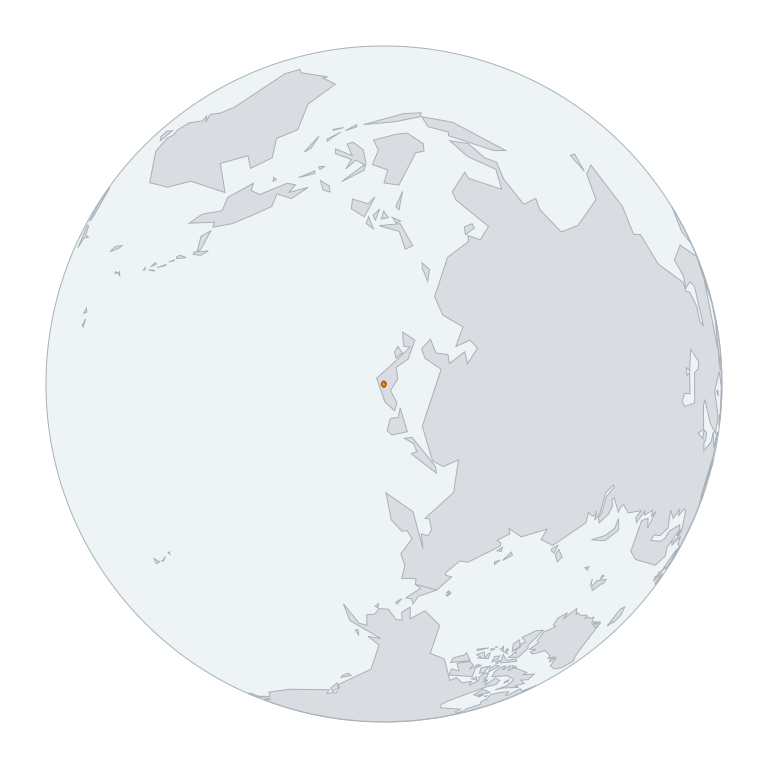 globe centered on Tochigi, rotated 144°
{"feature_id": "JPN-1859", "entity_name": "Tochigi", "entity_type": "Prefecture", "adm_level": 1, "iso_a3": "JPN", "parent_name": "Japan", "parent_adm1": "", "projection": "orthographic", "projection_center": [139.743, 36.672], "detail": "fine", "context": "on_globe", "style": "filled", "palette": "amber", "viewbox_px": 768, "rotation_deg": 144, "n_neighbors": 0, "source": "natural_earth", "source_scale": "10m", "svg_char_len": 12249}
<svg xmlns="http://www.w3.org/2000/svg" viewBox="0 0 768 768"><g transform="rotate(144 384 384)"><circle cx="384" cy="384" r="338" fill="#eef3f6" stroke="#a8b0b8"/><path d="M593.8,607.0L593.7,608.5L593.3,608.9L593.8,607.0ZM666.9,199.2L660.8,195.4L672.6,208.3L675.2,212.5L675.8,213.7L672.7,211.1L669.2,205.3L660.0,198.3L658.2,202.3L640.3,192.9L608.2,168.9L612.0,167.1L603.8,162.4L598.6,164.7L597.2,167.6L562.1,160.9L541.4,175.7L545.2,189.2L536.2,180.0L550.6,212.6L546.0,230.2L544.8,205.2L539.7,198.8L533.5,207.6L526.9,203.2L520.1,205.2L512.9,199.4L512.7,186.2L508.0,182.4L503.8,189.0L493.9,188.1L500.8,178.8L484.2,176.4L480.8,155.8L504.9,139.0L496.8,126.0L505.0,105.5L498.0,103.9L496.6,96.4L488.0,92.0L492.0,90.3L481.6,88.4L479.6,90.9L474.4,91.2L469.2,89.1L473.3,86.2L476.6,86.8L475.0,85.0L479.4,84.6L474.3,83.6L479.9,80.9L466.6,80.6L464.6,76.1L470.5,75.2L479.9,79.1L516.9,89.5L525.8,91.2L528.8,89.0L513.3,75.9L518.9,76.9L519.1,75.4L511.4,72.6L508.5,72.9L494.3,68.2L492.4,70.1L486.3,68.8L480.3,70.0L470.5,65.9L464.1,61.7L468.6,60.8L465.9,59.2L452.9,57.5L452.8,54.4L438.0,50.5L439.0,50.6L463.9,55.7L488.4,62.6L512.3,71.4L535.5,81.9L557.8,94.2L579.1,108.1L599.3,123.6L618.3,140.5L636.0,158.8L652.2,178.5L666.9,199.2ZM672.7,378.1L669.9,371.9L673.7,372.5L672.7,378.1ZM666.7,370.5L668.0,372.1L666.6,371.2L666.7,370.5ZM664.7,371.3L666.1,370.7L664.7,372.1L664.7,371.3ZM662.3,373.4L663.5,372.0L663.5,372.4L662.3,373.4ZM657.7,374.4L656.5,374.4L657.3,372.4L657.7,374.4ZM597.6,169.8L599.2,165.4L606.3,165.3L605.8,169.3L597.6,169.8ZM583.1,171.3L582.0,167.5L591.2,171.9L588.9,172.7L583.1,171.3ZM549.5,200.4L552.1,195.5L551.8,201.9L549.5,200.4ZM520.5,206.5L521.8,209.5L517.7,209.4L520.5,206.5ZM486.1,72.2L483.3,71.1L485.9,71.4L486.1,72.2ZM486.2,74.0L491.2,75.2L492.0,76.3L488.9,75.5L486.2,74.0ZM502.9,200.6L495.9,199.9L502.9,198.2L502.9,200.6ZM479.8,72.4L492.8,78.0L494.1,80.0L483.3,78.9L479.8,72.4ZM491.8,198.0L474.8,197.3L476.4,203.5L462.4,186.3L481.4,192.1L489.9,188.9L487.9,193.9L491.8,198.0ZM481.3,92.7L483.2,89.9L486.5,94.3L481.3,92.7ZM484.7,95.6L502.3,110.2L496.9,113.9L492.1,107.9L489.0,114.9L477.7,109.3L476.8,104.3L482.6,102.9L473.9,102.0L484.7,95.6ZM457.4,177.3L453.3,175.5L457.6,175.0L457.4,177.3ZM472.6,91.6L476.7,94.0L472.3,97.3L463.4,93.1L467.6,93.4L472.6,91.6ZM493.7,119.6L488.9,121.7L478.4,117.6L475.1,118.0L476.9,109.5L493.7,119.6ZM466.0,91.6L459.0,91.1L456.2,87.8L468.4,89.6L466.0,91.6ZM474.9,100.0L472.3,101.4L470.8,99.2L474.9,100.0ZM442.6,76.8L447.6,79.1L445.7,80.8L442.6,76.8ZM456.5,91.1L457.5,92.3L457.3,93.4L452.3,92.4L456.5,91.1ZM469.4,107.5L466.1,105.6L468.1,110.7L460.4,108.4L463.0,103.3L458.6,104.5L456.2,103.9L461.1,100.6L469.4,107.5ZM446.6,95.0L447.3,88.5L438.6,83.7L440.0,81.8L453.8,90.0L446.6,95.0ZM454.7,98.5L450.0,95.8L454.1,94.6L459.9,95.7L454.7,98.5ZM454.1,108.8L465.4,113.6L464.4,114.6L454.1,108.8ZM443.2,93.7L443.2,95.4L442.1,93.5L443.2,93.7ZM449.9,104.3L454.0,105.7L452.8,106.8L449.9,104.3ZM439.5,97.6L439.8,95.4L443.7,95.9L439.5,97.6ZM443.6,100.8L441.0,102.0L444.9,97.5L445.6,101.3L443.6,100.8ZM448.1,105.0L448.7,106.2L446.5,104.3L448.1,105.0ZM424.6,97.3L428.6,91.5L437.3,92.5L432.1,97.9L424.6,97.3ZM133.7,157.0L133.8,156.9L112.9,183.3L105.4,196.9L120.5,184.2L132.8,161.3L144.9,149.4L143.0,160.7L133.6,182.8L138.0,179.0L152.2,159.4L158.6,159.7L158.2,152.5L152.0,158.9L151.6,155.1L157.2,149.1L159.2,149.1L164.4,142.0L153.4,144.8L146.0,151.6L154.5,138.7L142.9,149.1L142.2,148.7L161.4,131.1L166.0,127.8L194.7,105.9L190.6,107.9L163.3,129.1L168.0,124.8L162.3,129.1L170.4,122.5L201.3,100.1L210.5,94.0L238.4,79.0L253.9,72.2L244.6,76.4L248.7,74.8L240.2,79.2L240.6,81.5L233.8,86.4L245.9,84.2L244.1,86.8L237.5,87.0L229.2,90.4L213.9,104.7L214.4,106.5L223.5,104.3L218.2,109.1L229.0,105.3L226.0,113.7L238.7,100.6L249.7,99.1L254.4,103.1L260.3,100.6L252.6,94.2L247.5,94.0L239.5,97.3L227.5,96.3L230.2,92.3L251.3,85.5L257.5,79.5L271.2,78.0L283.6,94.2L282.7,103.5L255.9,122.0L249.2,120.2L255.5,112.4L238.7,121.1L245.4,119.6L240.9,124.0L250.3,124.8L247.6,128.0L261.3,123.6L259.0,127.7L250.4,130.4L262.4,136.3L260.9,145.4L264.9,145.3L269.7,142.6L264.6,156.8L267.8,156.1L270.7,151.1L278.9,146.8L291.5,145.1L289.1,150.0L284.2,151.3L270.3,162.1L257.8,165.5L258.0,167.5L268.4,165.8L285.3,152.5L293.5,150.1L286.4,156.7L289.6,154.1L293.0,154.5L294.0,159.9L302.3,153.0L342.3,154.2L348.3,165.7L337.5,170.7L362.9,179.7L367.7,193.8L370.3,188.8L384.2,191.1L382.9,186.6L385.3,184.5L420.5,190.4L426.9,196.3L445.1,195.1L446.5,192.9L442.7,188.2L462.4,186.3L476.4,203.5L472.5,207.7L483.9,216.4L473.6,225.0L470.3,236.7L452.4,242.3L451.4,251.8L456.0,254.3L458.0,269.8L446.3,294.7L435.6,263.5L449.2,228.0L441.9,241.0L437.5,235.1L431.2,238.3L426.5,248.3L429.7,251.2L391.4,255.3L368.3,278.9L384.5,282.3L389.9,293.3L377.8,327.4L329.1,362.3L335.7,380.7L332.9,390.5L320.1,393.0L323.7,378.6L315.0,370.1L319.1,362.1L299.7,362.6L304.7,351.3L287.2,358.0L288.6,368.9L303.8,372.1L286.5,383.8L295.9,405.1L291.7,424.9L258.0,449.2L231.7,449.5L228.9,454.8L221.3,444.1L206.8,450.1L217.6,490.4L215.8,499.4L194.3,507.8L194.7,500.8L174.3,472.3L167.3,491.9L182.6,518.8L187.8,542.1L174.6,529.0L169.7,507.9L162.6,497.2L166.8,479.6L165.3,447.2L152.1,444.9L155.4,433.9L151.3,402.9L133.7,398.3L104.2,408.5L96.5,434.9L88.0,439.6L86.8,387.6L94.1,358.4L88.7,354.2L91.6,319.8L82.3,290.5L85.4,281.5L82.7,278.8L85.4,262.9L91.8,249.0L91.4,243.2L75.5,280.3L76.4,286.9L83.3,284.3L78.2,295.5L76.2,313.7L62.7,322.3L56.2,303.2L62.9,281.9L96.1,210.1L99.2,206.2L99.7,205.6L100.5,204.4L96.0,209.5L104.2,197.0L78.6,240.8L71.1,256.9L56.0,303.8L55.6,304.7L53.0,317.1L53.6,332.2L52.0,338.5L47.2,357.0L47.1,357.9L49.9,333.3L54.5,309.0L60.9,285.1L69.0,261.7L78.8,239.0L90.2,217.0L103.2,196.0L117.7,175.9L133.7,157.0ZM116.2,217.2L115.5,231.9L128.9,215.1L129.7,219.6L134.0,212.6L129.9,213.8L142.1,196.3L146.5,199.7L153.3,194.2L153.8,189.1L143.8,186.0L126.1,210.6L120.7,211.7L116.2,217.2ZM279.7,64.5L272.7,66.9L270.0,67.0L278.7,63.2L282.7,62.6L279.7,64.5ZM263.6,70.4L282.1,66.0L277.5,69.0L277.0,67.9L272.0,70.3L269.8,69.3L247.3,77.4L243.4,78.3L261.4,69.3L257.7,71.4L264.7,68.6L263.6,70.4ZM337.7,56.9L345.7,57.0L325.4,62.9L320.3,62.2L328.5,57.7L339.4,56.0L337.7,56.9ZM458.3,70.3L462.6,71.4L461.5,72.0L456.8,71.5L458.3,70.3ZM445.1,77.7L438.0,66.6L442.6,67.1L432.9,61.0L441.3,60.2L447.4,64.0L446.6,59.4L455.4,62.5L453.5,59.4L466.0,67.9L473.9,71.2L461.9,67.7L453.9,68.2L452.8,69.4L455.7,75.6L468.8,83.8L462.9,86.3L455.3,85.9L451.3,84.3L456.4,83.0L447.3,81.9L451.6,78.9L445.1,77.7ZM369.8,91.0L377.3,88.4L359.9,89.1L364.1,84.6L361.8,85.0L360.9,81.3L355.8,77.7L359.1,76.1L355.7,75.5L355.0,73.3L351.4,72.0L356.1,68.9L352.1,67.2L356.7,66.7L348.5,64.9L356.7,64.9L356.5,62.7L348.7,63.8L382.9,53.6L390.9,50.7L393.2,48.6L406.9,50.0L413.6,53.3L415.1,58.2L405.4,61.4L413.3,61.9L411.0,63.7L405.7,62.5L412.6,65.6L409.3,66.9L410.6,73.7L422.5,78.1L423.3,81.1L417.0,80.0L422.2,83.8L410.7,84.1L411.0,86.3L400.0,89.3L387.6,86.6L388.9,89.5L380.6,92.4L369.8,91.0ZM421.2,97.9L405.4,94.8L400.0,91.1L421.4,87.7L422.7,85.6L436.2,84.0L443.9,89.7L439.3,89.5L436.6,90.7L435.3,88.4L434.4,91.2L428.1,91.2L425.6,93.4L421.2,91.7L421.2,97.9ZM167.9,124.2L164.5,127.1L162.3,129.0L167.9,124.2ZM191.0,106.6L190.8,106.8L190.4,107.0L191.0,106.6ZM195.7,103.6L191.2,106.5L195.8,103.4L195.7,103.6ZM236.0,88.7L234.3,90.7L231.7,91.7L229.8,91.5L236.0,88.7ZM319.1,95.3L324.3,93.6L325.3,94.5L337.0,94.4L334.9,98.2L327.0,99.7L319.1,95.3ZM119.0,183.1L117.6,182.3L120.3,178.5L120.3,179.5L119.0,183.1ZM137.5,153.9L130.3,162.4L136.5,154.6L137.5,153.9ZM318.7,99.4L323.8,98.8L319.6,101.1L318.7,99.4ZM333.9,101.0L330.0,103.8L336.0,98.7L333.9,101.0ZM265.8,615.1L275.8,618.9L275.6,619.9L265.8,615.1ZM255.2,608.1L266.4,611.7L253.6,610.0L255.2,608.1ZM270.8,613.1L282.2,614.0L287.1,613.4L286.4,615.6L270.8,613.1ZM247.8,605.8L209.2,591.2L194.6,581.7L197.5,578.9L221.3,589.9L247.8,605.8ZM196.4,578.2L174.6,555.3L148.4,501.5L157.7,508.0L185.8,547.0L183.9,550.0L197.1,566.3L196.4,578.2ZM251.0,576.5L249.1,587.5L227.3,578.8L217.7,573.3L211.0,555.4L214.7,549.0L222.5,552.4L255.0,536.2L265.8,546.6L255.3,555.0L264.3,568.4L251.0,576.5ZM96.8,438.4L98.9,459.4L94.7,458.0L96.8,438.4ZM270.1,520.7L255.7,528.9L269.4,516.2L270.1,520.7ZM279.4,507.1L279.3,513.8L274.7,506.0L279.4,507.1ZM226.8,463.8L218.5,461.9L219.3,457.1L230.3,456.8L226.8,463.8ZM288.3,441.5L284.8,455.4L282.0,459.6L279.9,449.9L288.3,441.5ZM307.7,135.9L293.7,131.4L282.2,131.7L273.5,137.2L279.7,128.1L297.5,127.4L307.7,135.9ZM338.3,151.2L345.8,147.2L346.7,150.8L345.0,152.2L338.3,151.2ZM339.9,147.4L341.5,139.2L348.4,138.3L345.8,144.9L339.9,147.4ZM329.4,117.5L325.4,115.8L329.0,113.8L329.4,117.5ZM520.6,690.4L526.8,688.6L517.9,693.4L504.7,699.2L489.9,704.2L520.6,690.4ZM410.9,716.1L406.3,713.2L422.0,712.3L419.0,715.2L410.9,716.1ZM530.1,685.4L537.8,680.0L536.8,676.5L540.6,678.6L551.5,674.2L530.5,687.0L530.1,685.4ZM341.8,695.8L281.7,693.2L267.1,688.0L268.0,684.5L249.1,665.6L253.5,667.4L247.1,655.2L281.0,655.1L304.4,640.4L326.6,645.9L341.4,632.7L365.2,636.9L359.9,648.5L386.7,658.7L400.1,632.3L421.0,661.6L443.5,670.5L455.2,684.6L431.8,706.4L414.1,710.4L408.6,709.1L401.8,710.8L388.2,709.9L376.5,703.6L370.0,705.0L374.4,700.6L365.9,704.2L356.9,699.3L341.8,695.8ZM514.5,649.9L519.2,649.7L527.9,652.2L520.3,653.1L514.5,649.9ZM582.2,616.9L585.2,617.9L580.1,620.3L582.2,616.9ZM593.3,608.9L587.1,612.2L593.8,607.0L593.3,608.9ZM533.9,630.4L536.6,631.5L534.9,632.6L533.9,630.4ZM532.0,630.3L534.1,627.0L534.3,629.8L532.0,630.3ZM508.1,618.7L510.5,616.8L511.8,617.8L508.1,618.7ZM290.8,622.8L304.3,617.6L312.2,618.6L290.8,622.8ZM503.9,616.0L497.4,616.5L497.9,614.8L503.9,616.0ZM503.9,612.1L502.9,609.9L507.6,614.7L503.9,612.1ZM491.0,608.2L499.2,611.6L490.1,608.8L491.0,608.2ZM486.4,609.2L480.7,607.8L481.0,607.1L486.4,609.2ZM426.2,614.6L447.1,628.6L431.3,628.3L413.2,619.3L400.8,626.8L371.6,623.2L377.7,618.7L373.3,610.3L344.3,603.3L338.5,597.1L348.4,595.0L329.8,587.6L350.1,588.5L358.8,600.8L370.4,593.6L391.4,597.9L412.5,602.9L430.2,611.5L426.2,614.6ZM351.0,612.7L354.6,613.2L351.7,616.0L351.0,612.7ZM469.8,602.6L478.1,607.3L477.3,608.7L473.3,608.1L469.8,602.6ZM434.1,609.7L452.9,600.7L457.5,600.8L445.2,611.1L434.1,609.7ZM447.9,594.9L457.0,596.0L462.1,601.0L460.2,602.4L447.9,594.9ZM309.6,595.3L308.9,598.2L303.8,594.8L309.6,595.3ZM316.1,594.9L331.8,601.2L314.8,597.2L316.1,594.9ZM270.9,573.0L275.1,581.6L288.6,580.5L278.3,584.6L287.9,598.9L285.0,602.6L275.4,587.3L272.8,599.7L266.9,597.8L263.2,585.5L268.9,573.0L274.8,568.7L299.4,572.6L270.9,573.0ZM315.8,585.9L311.8,576.3L314.9,571.1L319.2,576.7L315.8,585.9ZM300.7,552.2L291.0,539.1L281.4,540.7L301.6,530.8L307.4,545.0L300.7,552.2ZM293.7,526.8L284.6,528.1L294.5,521.8L293.7,526.8ZM282.7,523.9L282.6,516.1L289.3,519.0L282.7,523.9ZM298.2,528.3L301.3,515.9L304.0,524.3L298.2,528.3ZM281.9,498.3L294.9,514.9L276.6,504.2L279.5,478.9L287.6,480.7L281.9,498.3ZM350.7,406.2L350.8,398.2L359.1,398.2L356.7,403.7L350.7,406.2ZM386.5,393.0L361.4,395.7L341.3,398.5L345.9,403.2L338.4,415.1L333.3,401.2L349.8,390.0L364.5,390.3L369.8,380.0L382.5,374.9L384.6,361.1L391.2,356.2L393.8,369.1L386.5,393.0ZM384.9,355.2L393.2,331.7L407.5,338.0L408.9,344.5L399.1,352.4L392.1,348.6L384.9,355.2ZM399.4,328.1L392.7,324.4L390.8,287.2L394.0,281.1L403.0,311.5L397.2,309.9L395.1,318.3L399.4,328.1ZM452.9,178.4L453.2,175.8L455.7,178.6L452.9,178.4ZM384.2,182.1L387.8,179.7L390.6,182.7L384.2,182.1ZM399.2,175.1L393.6,173.3L400.6,173.1L399.2,175.1ZM380.8,170.0L391.8,171.6L379.8,173.2L380.8,170.0Z" fill="#d9dde1" stroke="#a8b0b8" stroke-width="1"/><path d="M382.6,386.4L382.4,386.2L382.2,385.9L382.1,385.7L382.3,385.3L382.3,385.2L382.4,384.9L382.5,384.9L382.6,384.7L382.5,384.4L382.2,384.4L382.0,384.2L381.9,384.2L382.0,384.0L382.0,383.8L382.0,383.7L382.1,383.4L382.2,383.2L382.1,382.9L382.2,382.6L382.4,382.5L382.6,382.3L382.9,382.2L383.7,381.8L384.0,381.6L384.4,381.4L384.6,381.3L384.7,381.2L384.8,381.2L385.0,381.2L385.7,381.4L385.7,381.5L386.0,381.7L386.1,381.8L386.2,382.0L386.3,382.0L386.3,382.4L386.3,382.5L386.4,382.8L386.4,383.0L386.4,383.5L386.5,383.7L386.4,383.8L386.3,384.0L386.3,384.3L386.3,384.8L386.3,385.0L386.2,385.2L386.2,385.3L386.1,385.5L385.9,385.7L385.6,385.7L385.4,385.8L385.2,385.8L384.8,386.0L384.7,386.1L384.4,386.3L384.2,386.5L383.8,386.8L383.7,386.8L383.5,386.6L383.3,386.5L383.3,386.4L382.9,386.3L382.7,386.4L382.6,386.4Z" fill="#f59e0b" stroke="#b45309" stroke-width="1.5"/></g></svg>